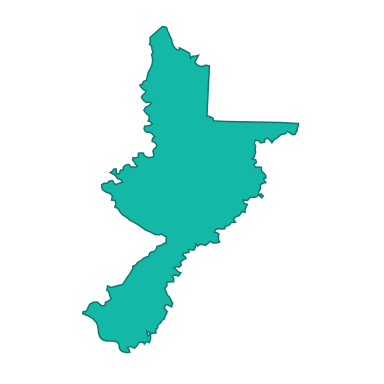 Corbélia, Paraná, Brazil, rotated 183°
{"feature_id": "56859067B16321147741741", "entity_name": "Corbélia", "entity_type": "district", "adm_level": 2, "iso_a3": "BRA", "parent_name": "Brazil", "parent_adm1": "Paraná", "projection": "mercator", "projection_center": [-53.229, -24.737], "detail": "fine", "context": "isolated", "style": "filled", "palette": "teal", "viewbox_px": 384, "rotation_deg": 183, "n_neighbors": 0, "source": "geoboundaries", "source_scale": "gbopen_adm2", "svg_char_len": 4546}
<svg xmlns="http://www.w3.org/2000/svg" viewBox="0 0 384 384"><g transform="rotate(183 192 192)"><path d="M294.8,64.8L289.3,62.9L284.5,60.5L280.6,56.6L279.1,53.3L278.4,49.5L277.9,46.0L276.4,42.5L274.9,40.7L272.7,39.4L269.9,38.8L262.9,39.1L258.9,38.3L256.8,35.8L256.5,32.9L255.2,30.3L252.9,28.9L248.8,28.2L245.8,28.7L246.7,31.4L248.4,33.3L245.2,34.6L241.4,32.9L238.7,35.8L237.5,38.7L234.9,39.4L232.7,39.5L231.7,37.6L229.7,40.5L226.8,39.4L225.8,42.1L225.7,44.4L226.0,48.4L223.7,48.8L220.6,49.4L221.1,52.5L219.3,54.3L219.0,57.6L216.1,60.1L215.1,62.5L212.9,63.9L212.7,66.2L211.4,68.4L210.5,71.3L211.9,72.9L213.9,74.6L212.3,78.2L210.2,77.8L206.4,76.2L205.5,79.7L209.0,85.9L211.4,87.9L212.5,91.2L214.3,93.9L212.1,97.2L212.5,100.7L205.7,101.4L205.7,104.6L207.4,107.1L205.2,108.2L201.1,107.4L198.9,110.6L201.6,111.6L203.7,113.6L206.2,115.2L203.0,116.9L200.9,116.1L198.9,118.5L199.9,121.3L197.2,123.9L194.5,125.3L195.6,127.4L198.0,128.1L197.1,130.6L194.7,130.8L191.9,131.7L192.5,134.5L189.9,134.1L186.8,134.2L185.9,136.6L185.2,140.4L183.6,138.3L181.1,140.1L178.0,140.0L175.6,139.4L173.3,141.7L171.4,143.7L167.6,142.1L164.4,142.5L161.8,143.4L163.1,146.1L163.2,148.9L163.0,151.6L165.3,152.7L167.4,152.9L166.7,155.5L163.9,156.8L159.9,156.6L157.2,157.1L157.1,159.5L155.0,160.0L152.7,161.4L151.3,163.6L149.1,163.8L147.1,164.1L149.2,166.9L146.8,169.8L143.9,170.7L142.3,172.9L141.3,175.1L138.0,174.4L138.1,177.3L136.1,182.5L139.3,183.3L140.6,186.7L138.6,186.5L135.9,186.7L134.5,188.8L132.9,190.1L130.5,189.9L128.3,190.3L125.1,192.4L125.6,195.7L123.7,199.1L124.3,202.8L121.3,204.6L118.8,205.3L120.6,207.3L121.0,209.6L118.9,209.9L119.3,212.4L121.5,214.9L123.7,216.5L124.0,220.3L127.4,220.5L129.6,219.8L131.8,222.4L129.3,224.7L130.0,227.4L133.6,228.3L131.9,229.9L131.2,232.6L130.6,235.1L131.2,238.0L130.8,241.0L132.3,243.8L131.6,247.1L128.1,246.6L125.9,244.6L122.2,245.5L122.2,248.2L119.9,249.8L117.0,248.1L114.8,245.3L112.7,248.5L109.0,251.2L106.3,253.9L103.5,254.5L101.3,255.5L99.9,257.8L97.6,256.3L94.8,254.6L92.1,254.8L91.3,256.8L90.3,258.7L90.2,261.7L89.2,263.7L89.2,265.9L108.0,266.0L161.7,264.2L174.0,264.1L175.1,267.0L179.1,268.5L181.1,268.5L181.1,273.0L181.1,275.2L181.2,297.6L181.2,318.8L184.8,319.4L187.6,318.2L189.7,317.7L193.7,319.3L196.0,321.6L192.7,328.8L195.6,327.9L198.7,327.5L200.4,325.5L201.8,330.6L212.2,335.3L212.2,333.0L214.3,333.0L217.1,335.4L218.5,337.7L219.6,339.9L220.2,342.9L221.7,345.4L223.6,349.5L224.8,351.3L226.0,354.9L230.1,355.8L242.0,344.1L241.5,339.6L242.2,337.3L240.1,335.7L239.1,331.4L238.1,329.3L239.6,327.3L238.9,324.9L238.3,322.5L238.3,319.7L238.6,317.4L239.5,314.3L240.5,312.0L242.0,309.2L242.7,304.9L243.4,301.1L246.4,299.7L247.0,297.3L249.7,296.1L248.2,293.9L245.9,291.7L243.3,290.8L244.1,288.2L246.3,286.2L247.5,284.0L245.3,281.0L242.3,278.9L239.4,279.7L237.2,278.3L239.7,275.8L242.5,274.5L244.4,271.1L241.3,267.5L238.9,266.1L238.5,263.4L239.5,260.5L237.0,259.9L235.2,258.2L237.7,256.1L239.9,255.5L242.7,255.3L243.2,252.6L241.8,250.1L239.5,249.2L237.4,249.6L234.4,247.7L232.4,245.4L234.2,243.3L234.5,240.5L231.6,239.5L229.5,237.0L230.2,234.6L231.9,233.3L233.2,230.8L231.9,226.8L233.2,224.6L236.2,224.2L238.9,224.4L241.8,226.0L242.5,228.3L245.1,228.3L247.6,227.9L247.3,224.3L250.1,222.9L252.6,223.3L253.1,221.0L251.5,219.4L249.8,216.6L247.8,215.1L249.7,213.6L251.9,214.1L254.0,213.5L256.3,216.2L258.3,215.8L260.1,215.1L261.8,213.4L262.0,210.4L264.5,210.2L265.6,206.4L268.2,206.1L269.0,211.1L271.3,210.8L272.6,208.6L274.7,207.1L270.6,205.2L268.9,203.8L267.0,201.4L263.6,200.5L262.1,198.1L266.3,196.5L268.9,195.3L270.5,197.1L272.0,199.3L275.5,198.4L276.9,196.3L280.3,196.2L282.7,194.3L281.7,189.8L278.5,187.7L276.1,186.8L273.5,186.2L271.2,183.7L272.0,179.7L268.2,179.4L267.3,176.2L268.3,173.0L264.9,171.5L262.8,168.3L260.5,165.8L256.1,163.4L252.5,160.5L248.7,158.9L245.2,157.1L243.3,156.0L236.1,151.5L230.2,149.4L226.8,147.5L224.3,147.7L222.1,147.6L220.3,148.3L215.2,145.7L215.4,139.6L217.5,139.2L220.0,137.1L224.2,135.9L224.9,132.4L226.8,130.6L228.9,130.2L231.0,128.9L232.0,125.3L234.4,124.7L237.3,123.0L238.9,121.1L240.7,120.0L242.9,118.5L244.5,116.0L247.3,114.7L247.1,112.3L249.8,107.0L252.3,103.2L256.6,95.8L259.9,95.1L263.8,93.7L267.8,92.5L271.4,93.8L271.9,89.6L269.9,87.9L268.6,84.2L267.3,80.9L268.7,79.5L270.5,78.4L272.6,77.5L273.1,74.0L275.6,73.5L278.1,74.9L280.6,77.1L284.8,76.7L288.1,74.7L289.6,71.5L290.5,68.8L292.2,67.0L294.3,66.9L294.8,64.8ZM226.0,48.4L228.7,45.7L229.9,50.9L226.0,48.4ZM125.1,192.4L122.2,189.9L120.6,191.6L122.9,193.8L125.1,192.4Z" fill="#14b8a6" stroke="#0f766e" stroke-width="1.5"/></g></svg>